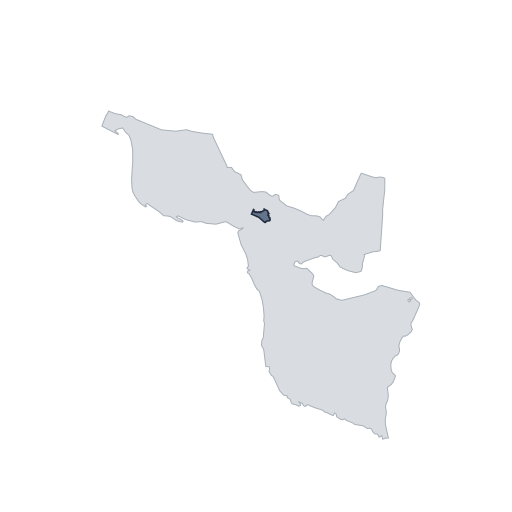 Gondola, Manica, Mozambique shown in context, rotated 113°
{"feature_id": "85939544B20117006553770", "entity_name": "Gondola", "entity_type": "district", "adm_level": 2, "iso_a3": "MOZ", "parent_name": "Mozambique", "parent_adm1": "Manica", "projection": "orthographic", "projection_center": [33.733, -19.19], "detail": "fine", "context": "in_parent", "style": "filled", "palette": "slate", "viewbox_px": 512, "rotation_deg": 113, "n_neighbors": 0, "source": "geoboundaries", "source_scale": "gbopen_adm2", "svg_char_len": 6193}
<svg xmlns="http://www.w3.org/2000/svg" viewBox="0 0 512 512"><g transform="rotate(113 256 256)"><path d="M160.9,343.6L163.9,341.1L184.5,318.0L185.8,317.1L184.0,313.3L186.7,308.8L187.0,301.9L187.8,300.8L191.0,298.5L195.4,291.3L198.1,285.8L198.4,283.1L194.4,275.7L193.2,271.6L194.4,268.1L194.8,264.9L194.2,263.8L191.8,262.4L191.4,261.0L191.4,259.3L191.9,258.3L194.9,256.7L195.5,255.9L197.9,247.1L197.1,240.5L197.0,233.0L197.6,225.2L197.3,220.8L195.3,215.7L195.1,212.0L196.5,209.4L196.8,207.9L192.1,207.1L189.6,205.0L180.6,201.8L173.7,201.4L167.9,196.3L163.4,195.6L157.6,191.9L139.3,191.6L138.6,191.2L137.8,180.0L137.1,176.3L134.7,172.4L134.1,169.6L134.2,167.8L144.3,163.5L164.1,157.5L168.5,155.5L202.4,143.8L203.3,144.5L206.7,150.4L212.4,157.0L213.8,156.1L221.9,155.0L223.1,154.2L225.6,153.6L228.5,153.2L229.4,153.6L232.4,157.7L233.5,165.4L233.5,170.6L233.2,174.3L230.7,178.6L229.0,184.0L226.4,186.9L226.4,188.3L229.4,191.5L230.0,192.9L229.8,195.7L230.3,196.9L232.8,198.6L234.7,201.3L242.0,209.1L243.9,210.5L245.3,210.9L246.0,212.4L245.6,214.2L244.5,215.2L244.9,216.7L246.3,217.9L249.7,217.7L250.1,217.2L249.9,210.3L248.8,206.3L247.4,204.4L250.3,197.0L251.8,194.9L257.3,194.2L259.8,193.5L260.9,192.6L261.7,190.3L262.5,183.7L262.8,177.4L262.2,173.8L263.1,168.3L264.3,164.9L263.7,164.3L263.3,159.7L249.6,141.2L241.8,133.0L240.5,132.1L236.1,131.4L233.9,128.4L232.1,112.0L229.2,100.1L233.8,92.3L235.3,87.3L236.2,86.5L240.1,86.2L253.9,86.5L257.3,87.0L258.9,86.5L262.5,83.5L265.4,83.6L269.4,85.6L271.6,87.3L271.9,88.8L274.6,89.7L279.5,90.0L283.2,89.3L285.4,87.6L287.8,86.7L290.3,86.7L292.1,87.3L293.4,88.6L295.8,89.6L299.4,90.2L303.3,89.5L307.6,87.3L310.1,85.1L311.5,81.2L312.3,80.7L318.3,80.5L321.5,81.3L325.5,83.8L332.7,79.7L337.2,78.4L341.4,78.5L344.9,77.6L347.7,75.6L350.6,74.4L356.6,73.0L360.6,71.0L371.8,63.0L373.0,65.5L375.1,67.8L372.2,70.1L374.7,71.8L372.8,74.0L372.5,75.6L373.4,77.2L372.1,79.9L370.4,81.8L369.9,83.4L371.3,86.2L370.5,91.1L372.5,99.4L371.8,102.0L372.1,108.5L371.2,110.8L372.6,111.7L373.3,114.3L372.5,118.8L370.1,120.6L369.8,122.4L372.8,122.6L372.7,128.2L372.2,129.8L372.9,131.8L371.9,133.8L372.7,142.9L372.7,149.5L372.8,150.6L375.3,151.8L375.2,153.6L373.5,155.9L373.5,159.4L375.4,156.7L376.5,156.8L377.5,157.9L377.4,161.9L377.9,163.9L377.7,165.6L374.5,168.7L374.2,171.9L373.0,172.3L372.4,173.1L373.2,174.9L373.1,176.6L370.8,181.5L360.2,193.1L359.9,195.2L357.2,198.9L354.4,199.4L352.8,200.4L353.9,203.8L340.0,211.8L338.6,212.9L336.3,216.0L331.7,217.5L326.8,217.5L326.0,218.2L314.8,221.8L312.6,223.6L307.8,225.2L300.3,229.2L294.2,233.1L287.2,239.0L286.2,242.2L282.9,246.4L278.0,251.4L275.0,255.5L274.8,257.3L273.1,257.8L271.7,256.1L271.0,259.4L269.8,259.6L268.5,258.9L262.4,262.4L257.8,266.5L251.3,274.2L241.8,281.8L239.7,281.9L236.8,279.3L235.2,279.1L237.5,281.9L237.4,288.3L236.2,295.8L236.3,297.4L242.4,305.4L245.4,314.7L245.6,319.4L248.6,325.5L249.9,334.7L249.5,343.3L250.9,344.7L251.5,343.4L251.8,338.1L252.6,336.6L253.5,336.8L254.2,339.8L254.5,342.8L253.2,349.5L253.5,352.2L255.0,356.8L253.2,362.0L250.3,376.6L250.9,377.5L252.3,377.8L252.8,376.3L253.6,376.3L254.0,377.2L252.8,382.9L251.7,385.4L247.6,391.5L245.4,394.1L241.9,396.7L233.5,400.7L216.9,406.5L206.3,411.1L198.1,416.5L194.5,420.2L193.0,424.4L190.2,428.7L192.7,432.3L195.8,434.9L197.2,430.6L198.0,430.5L196.7,448.6L185.4,449.0L182.1,448.3L180.2,448.5L180.0,441.0L178.6,435.3L179.1,431.3L178.9,429.1L176.5,427.7L175.8,423.4L177.1,420.0L176.8,392.3L172.6,378.9L166.9,369.2L166.5,364.4L163.9,353.6L160.9,343.6ZM236.8,99.0L238.2,98.3L238.5,97.0L237.5,96.3L236.7,96.4L236.3,98.6L236.8,99.0ZM235.8,96.6L234.6,95.5L233.8,95.8L233.5,96.7L234.4,97.8L235.3,97.8L235.8,96.6Z" fill="#d9dde1" stroke="#a8b0b8" stroke-width="1"/><path d="M217.6,276.5L219.2,276.6L219.2,274.3L219.2,271.7L219.4,271.0L219.2,270.8L219.3,268.4L221.7,261.2L221.8,261.0L222.0,261.1L221.9,261.0L221.8,260.8L221.7,260.7L221.4,260.5L221.2,260.4L221.0,260.5L220.9,260.7L220.6,260.3L220.4,260.2L220.2,260.0L220.2,259.9L219.8,259.8L219.7,259.7L219.4,259.5L219.4,259.4L219.1,259.2L218.9,258.8L218.9,258.6L218.9,258.4L218.7,258.0L218.6,257.9L218.4,257.5L218.4,257.4L218.2,257.3L218.1,257.2L217.9,257.2L217.7,257.2L217.4,257.1L217.2,257.2L217.1,257.3L216.9,257.2L216.8,257.3L216.7,257.3L216.3,257.7L216.1,257.8L216.0,258.0L215.9,258.1L215.7,258.1L215.8,258.3L215.9,258.6L215.7,258.7L215.6,258.8L215.6,259.0L215.4,259.1L215.2,259.2L215.1,259.3L214.9,259.6L214.5,259.6L214.3,259.6L214.2,259.7L214.0,259.8L213.9,259.8L213.8,260.0L214.0,260.2L214.0,260.3L213.9,260.3L213.9,260.5L213.7,260.6L213.6,260.8L213.6,261.0L213.4,260.9L213.1,260.8L213.1,260.7L213.0,260.8L212.9,261.0L212.7,261.1L212.4,261.0L212.2,261.1L212.0,261.3L211.9,261.2L211.8,261.3L211.7,261.2L211.7,261.3L211.5,261.5L211.4,261.5L211.2,261.8L211.2,262.0L211.0,262.3L210.9,262.3L210.7,262.4L210.6,262.5L210.4,262.5L210.2,262.7L210.2,262.9L210.1,263.0L209.9,263.1L209.9,263.3L210.0,263.3L209.9,263.4L209.9,263.5L209.8,263.8L209.8,264.0L209.8,264.5L209.8,264.8L210.0,265.3L210.0,265.6L209.9,265.8L209.8,266.0L209.8,266.3L209.9,266.5L209.7,266.6L209.8,266.7L209.8,266.8L210.0,266.7L210.6,266.5L210.8,266.5L211.0,266.5L211.3,266.6L211.3,266.8L211.5,266.9L211.6,267.0L211.8,267.2L212.0,267.3L211.9,267.3L212.0,267.4L212.2,267.5L212.3,267.5L212.5,267.6L212.8,267.7L212.7,267.7L212.8,267.8L212.9,268.0L213.0,268.2L213.1,268.3L213.2,268.5L213.3,268.5L213.5,268.7L213.5,268.8L213.7,268.7L213.7,268.8L213.8,269.0L214.0,269.1L214.3,269.2L214.3,269.3L214.2,269.3L214.1,269.5L214.3,269.8L214.5,269.9L214.7,270.0L214.6,270.3L214.4,270.4L214.3,270.5L214.5,270.8L214.4,271.0L214.5,271.1L214.6,271.3L214.9,271.3L215.0,271.4L215.3,271.4L215.3,271.6L215.2,271.8L215.4,272.0L215.5,272.1L215.5,272.3L215.7,272.6L215.8,272.9L215.6,273.0L215.6,273.3L215.5,273.5L215.4,273.5L215.5,273.7L215.6,273.8L215.8,273.7L215.9,273.8L216.0,274.0L215.9,274.1L216.0,274.2L216.0,274.3L215.9,274.4L215.9,274.5L215.7,274.5L215.6,274.9L215.8,274.8L215.8,274.7L215.9,275.1L215.7,275.1L215.6,275.4L215.6,275.5L215.5,275.4L215.4,275.3L215.2,275.4L215.2,275.5L215.4,275.5L215.2,275.8L215.2,276.0L214.9,276.0L215.0,276.1L214.9,276.3L214.7,276.5L214.8,276.5L215.0,276.5L217.6,276.5Z" fill="#64748b" stroke="#1e293b" stroke-width="1.5"/></g></svg>